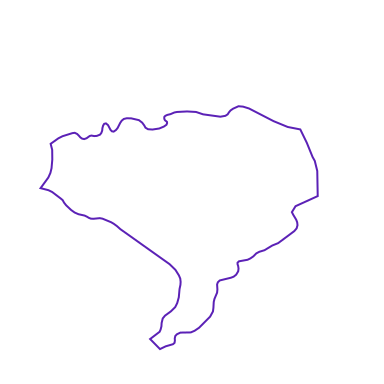 an SVG outline of Vrancea, rotated 147°
{"feature_id": "ROU-317", "entity_name": "Vrancea", "entity_type": "County", "adm_level": 1, "iso_a3": "ROU", "parent_name": "Romania", "parent_adm1": "", "projection": "mercator", "projection_center": [27.101, 45.78], "detail": "fine", "context": "isolated", "style": "outline", "palette": "violet", "viewbox_px": 384, "rotation_deg": 147, "n_neighbors": 0, "source": "natural_earth", "source_scale": "10m", "svg_char_len": 2133}
<svg xmlns="http://www.w3.org/2000/svg" viewBox="0 0 384 384"><g transform="rotate(147 192 192)"><path d="M67.1,185.5L68.9,170.8L71.8,155.7L72.1,151.2L75.5,141.4L88.8,120.1L112.9,123.7L119.2,120.7L119.5,117.8L119.7,112.0L120.3,109.3L121.6,106.7L124.1,104.5L127.5,103.5L147.6,102.2L153.8,103.4L162.9,103.7L168.1,105.2L171.5,105.5L175.6,104.6L179.2,104.5L182.3,104.9L190.4,108.3L192.3,107.9L193.1,106.7L193.6,104.8L194.7,102.4L196.5,100.3L200.0,98.6L203.2,98.3L206.0,98.9L216.9,102.7L219.5,102.2L221.3,100.8L223.8,96.4L225.8,93.9L231.4,90.1L233.6,88.0L237.2,83.1L239.5,80.4L244.7,77.6L260.0,74.3L265.4,74.2L269.5,74.9L278.3,80.4L282.2,80.9L284.5,80.3L286.2,78.6L287.2,76.8L288.8,75.0L290.8,74.7L298.1,76.9L304.4,77.7L307.2,91.5L295.3,92.4L293.3,93.7L290.8,96.0L288.8,98.7L285.4,101.9L282.0,103.0L274.7,103.4L268.8,104.6L264.9,106.9L260.4,110.9L255.3,117.4L252.3,120.4L250.5,122.8L249.0,125.8L248.4,129.2L248.3,135.7L250.1,143.7L272.3,199.8L273.5,204.2L274.9,207.9L276.3,210.7L281.6,218.4L283.6,220.3L289.2,223.2L291.3,224.7L292.6,226.5L293.5,228.4L294.9,230.7L299.3,235.2L301.6,238.7L303.2,242.8L304.8,249.4L305.1,252.8L304.9,255.6L305.6,257.9L309.3,268.2L311.4,271.7L316.9,277.7L304.6,282.4L300.4,285.1L296.8,288.5L291.5,295.3L286.3,303.5L284.3,309.4L274.8,309.8L270.2,309.3L260.2,306.5L258.1,305.5L256.7,303.2L256.2,300.8L255.9,298.6L255.1,296.6L253.6,295.1L251.1,294.5L247.3,294.7L245.6,294.1L243.6,292.2L241.3,290.9L237.9,290.2L235.9,290.9L233.9,292.4L232.3,294.4L230.4,296.1L228.5,297.0L226.8,296.4L226.0,293.8L226.5,288.5L226.1,286.5L224.8,285.3L222.0,285.4L219.5,286.2L214.5,289.1L212.1,290.1L209.4,290.4L206.6,289.4L202.9,286.9L197.4,281.2L196.0,277.3L195.8,273.8L196.0,271.3L194.7,268.6L191.1,265.9L184.9,263.1L180.0,262.2L176.8,262.3L175.3,263.4L174.8,264.5L175.1,265.5L175.4,266.2L175.6,267.1L175.5,268.0L175.0,269.2L174.1,270.2L172.8,270.4L170.7,270.1L167.6,269.0L163.5,268.3L161.0,267.3L152.2,262.2L145.0,256.9L140.4,251.1L127.2,239.7L122.5,237.7L119.8,237.7L117.6,238.7L115.2,239.4L112.2,239.5L106.3,238.6L102.7,235.8L98.7,231.0L85.0,207.0L76.3,194.4L67.1,185.5Z" fill="none" stroke="#5b21b6" stroke-width="2"/></g></svg>